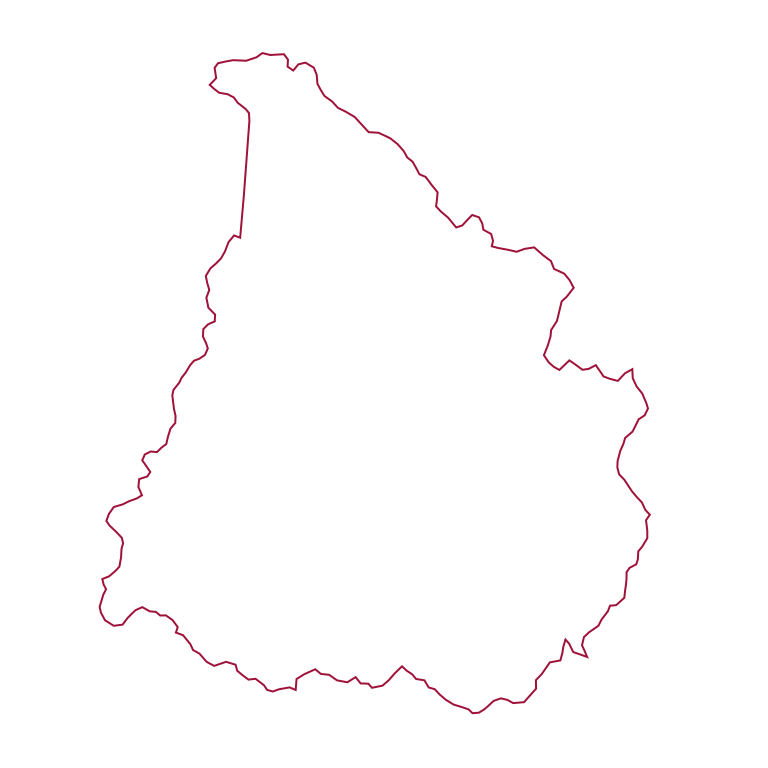 outline of Ribeirão Branco, São Paulo, Brazil, rotated 93°
{"feature_id": "56859067B550904293643", "entity_name": "Ribeirão Branco", "entity_type": "district", "adm_level": 2, "iso_a3": "BRA", "parent_name": "Brazil", "parent_adm1": "São Paulo", "projection": "albers", "projection_center": [-48.778, -24.254], "detail": "fine", "context": "isolated", "style": "outline", "palette": "rose", "viewbox_px": 768, "rotation_deg": 93, "n_neighbors": 0, "source": "geoboundaries", "source_scale": "gbopen_adm2", "svg_char_len": 3575}
<svg xmlns="http://www.w3.org/2000/svg" viewBox="0 0 768 768"><g transform="rotate(93 384 384)"><path d="M674.4,538.8L669.7,527.2L672.1,517.5L678.0,515.6L682.0,510.3L686.3,503.9L685.1,496.8L691.1,488.1L695.6,484.7L696.9,478.9L694.4,473.0L691.9,462.4L694.2,456.2L683.2,455.9L677.9,448.3L672.5,437.7L676.8,431.9L677.3,423.5L682.4,415.4L683.8,405.0L678.2,397.0L684.2,391.7L684.1,383.9L688.0,380.1L685.3,369.7L679.4,363.6L672.6,358.3L665.0,351.3L669.2,346.2L672.4,340.7L676.9,336.5L677.8,328.1L684.7,323.5L686.1,317.4L691.2,312.1L696.0,305.9L700.5,297.7L702.5,289.6L704.5,282.5L708.1,278.4L707.3,272.1L703.7,266.9L700.0,263.0L694.7,257.9L691.8,250.8L693.0,244.3L695.9,238.3L694.4,227.5L680.3,216.2L671.8,216.8L665.4,211.3L659.5,207.6L653.3,203.8L650.8,193.4L643.2,191.8L637.3,191.2L629.7,189.4L633.5,185.6L641.8,181.0L643.8,173.9L646.0,166.9L639.6,169.9L634.6,172.6L626.3,171.1L621.1,166.1L614.2,157.2L607.8,154.4L599.2,148.5L593.6,146.7L592.7,140.6L584.9,132.8L577.6,132.4L572.0,131.9L566.0,131.6L559.2,131.9L554.7,129.1L550.8,122.6L545.6,121.3L537.8,121.3L533.0,117.7L524.2,113.0L516.6,113.4L506.3,115.2L500.6,111.7L496.1,116.4L488.7,120.3L484.0,125.3L478.4,130.6L467.0,139.0L462.0,144.4L455.2,146.6L448.7,146.7L438.3,144.5L431.3,141.8L425.3,140.4L418.5,133.3L413.1,130.9L405.9,127.8L401.6,122.0L394.6,119.1L389.7,120.9L380.0,125.6L373.4,131.5L365.2,135.9L356.2,136.8L360.7,143.9L368.7,150.7L367.0,158.7L365.0,165.1L359.1,169.6L354.1,173.5L358.2,180.4L359.4,186.5L354.5,194.0L350.7,200.1L360.8,209.6L358.0,215.3L353.7,220.7L346.9,225.8L336.8,222.4L327.8,220.2L321.3,219.9L312.0,214.6L301.4,212.6L292.2,210.9L287.3,206.1L278.0,199.6L270.6,204.1L264.4,209.7L260.2,220.2L252.5,223.7L247.2,231.7L239.7,241.2L241.7,250.7L245.0,258.4L243.5,267.1L242.2,277.1L240.8,283.6L235.4,282.6L228.6,284.8L224.8,292.8L218.5,294.3L212.6,297.8L210.6,304.8L216.0,309.5L221.6,314.2L223.9,320.1L214.6,328.6L208.7,336.3L203.9,341.3L197.4,340.8L189.8,340.5L182.8,346.8L175.0,353.3L172.7,359.6L167.6,362.6L160.5,367.1L156.6,372.6L150.5,376.4L143.8,382.9L138.3,390.6L133.4,402.6L133.3,412.5L125.4,420.6L119.0,427.1L114.2,436.2L110.6,444.5L104.6,450.6L99.5,458.5L93.6,462.6L87.7,466.2L78.7,467.4L71.8,470.6L67.2,479.3L69.3,486.3L75.7,491.0L72.1,496.9L65.0,496.9L59.9,501.2L61.4,514.8L59.9,522.8L64.4,528.4L68.4,538.6L68.5,551.5L70.2,558.9L72.4,566.6L77.2,569.7L87.4,567.6L94.4,573.7L98.3,568.9L101.8,563.8L102.8,555.3L105.7,549.0L110.9,544.7L116.5,536.7L120.5,533.0L128.4,532.2L202.7,533.8L245.5,535.3L243.5,541.5L250.5,546.7L260.1,549.8L267.2,553.4L272.3,557.9L277.6,563.4L285.4,567.6L292.4,565.8L299.2,563.4L307.1,565.9L317.0,563.4L323.5,556.3L330.3,556.3L333.6,562.8L338.6,567.3L346.0,567.3L352.8,563.7L357.8,561.8L364.3,564.3L368.4,569.7L370.7,575.0L375.2,578.5L383.1,582.7L388.4,586.5L393.5,588.6L400.8,593.9L406.2,594.8L411.7,593.9L420.0,592.4L426.8,590.5L433.8,590.4L439.7,594.9L448.1,597.0L455.4,598.3L459.1,602.8L463.9,607.2L463.6,613.4L466.9,619.2L472.9,621.4L478.5,617.0L484.1,612.8L488.7,615.5L491.8,623.5L499.6,623.9L507.8,619.9L511.2,624.9L514.6,632.8L517.9,638.7L521.0,647.4L528.1,651.9L535.3,654.1L539.9,650.5L545.4,644.0L551.3,637.8L556.7,636.2L562.4,637.5L570.8,637.5L580.3,638.7L584.8,642.5L590.4,648.4L593.5,655.1L598.9,653.5L603.5,650.8L609.1,653.3L615.7,654.9L621.3,656.3L627.0,654.8L634.6,650.2L639.6,641.2L638.0,632.5L631.2,627.9L626.8,624.0L622.8,620.2L619.5,613.7L623.3,606.0L623.5,599.9L626.9,595.4L626.5,589.7L630.8,582.8L637.5,577.3L643.1,578.8L645.4,571.5L653.9,563.8L659.7,560.7L662.9,554.2L670.8,546.5L674.4,538.8Z" fill="none" stroke="#9f1239" stroke-width="2"/></g></svg>